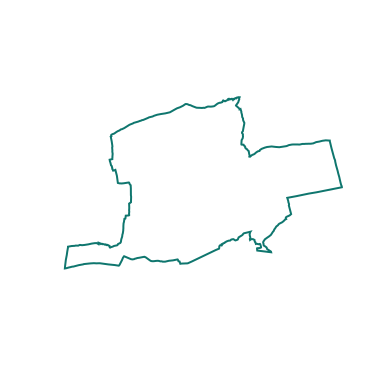 Padina, Mehedinti, Romania, rotated 337°
{"feature_id": "2599482B34758771850495", "entity_name": "Padina", "entity_type": "district", "adm_level": 2, "iso_a3": "ROU", "parent_name": "Romania", "parent_adm1": "Mehedinti", "projection": "orthographic", "projection_center": [23.0, 44.441], "detail": "fine", "context": "isolated", "style": "outline", "palette": "teal", "viewbox_px": 384, "rotation_deg": 337, "n_neighbors": 0, "source": "geoboundaries", "source_scale": "gbopen_adm2", "svg_char_len": 6011}
<svg xmlns="http://www.w3.org/2000/svg" viewBox="0 0 384 384"><g transform="rotate(337 192 192)"><path d="M241.3,278.4L241.4,277.7L238.9,273.9L238.8,273.5L239.0,272.5L238.9,272.1L238.2,270.8L237.2,269.4L237.2,268.7L237.6,267.7L237.7,266.4L238.3,265.5L239.7,264.7L240.4,264.1L243.8,263.3L245.1,263.1L247.9,262.3L251.0,260.2L252.1,259.7L253.1,258.6L254.1,258.1L256.1,256.7L258.1,256.2L259.0,255.6L260.0,255.3L263.1,255.1L264.9,254.6L266.8,253.8L268.1,253.7L268.0,252.9L268.4,252.2L268.7,252.0L269.5,251.8L272.7,251.7L274.6,251.1L275.8,242.9L275.8,242.4L276.3,241.7L276.6,241.1L276.7,239.9L276.7,239.3L277.1,237.7L277.4,234.6L286.4,236.6L298.9,239.1L306.4,240.9L323.7,244.5L331.8,246.2L332.0,245.6L332.1,244.8L332.0,244.3L332.3,241.9L333.0,237.9L333.4,235.8L333.9,231.8L334.3,229.6L335.0,223.9L335.7,220.0L336.1,218.7L336.1,216.5L337.5,206.3L338.2,202.1L338.6,199.7L338.7,198.9L338.9,198.5L335.3,196.7L332.0,195.8L328.8,195.3L325.8,194.6L322.5,194.6L321.5,194.3L320.6,194.1L319.3,193.6L315.6,192.1L314.0,191.6L312.5,190.9L309.7,190.4L306.2,188.8L302.7,187.4L299.6,186.7L297.1,186.7L296.2,186.5L289.9,184.9L286.6,183.2L283.1,181.2L278.7,179.9L276.4,179.6L273.0,179.5L270.9,179.9L270.2,180.6L268.5,180.3L267.8,180.4L266.0,180.8L264.7,181.3L263.4,181.5L262.4,181.4L261.4,181.5L259.2,182.2L258.6,181.8L258.7,181.6L259.4,181.1L259.4,180.0L259.5,179.4L259.8,178.0L260.2,176.5L259.6,175.4L259.4,174.2L258.7,173.3L258.3,172.0L258.5,171.7L258.5,171.3L258.6,171.1L258.5,170.4L258.2,169.7L257.9,169.4L257.9,168.6L256.9,168.1L256.5,167.9L256.1,167.7L256.1,167.3L257.9,163.7L259.6,162.4L260.6,160.9L261.0,159.6L261.3,159.1L261.4,158.6L261.1,157.2L261.4,156.6L262.0,156.2L262.5,156.0L265.3,151.8L266.6,149.9L267.2,148.8L267.1,146.2L267.4,144.9L267.7,144.3L267.5,142.7L268.2,140.4L268.5,138.0L268.8,137.4L269.1,134.5L268.1,134.5L268.2,134.2L267.9,133.1L266.3,129.8L266.3,129.5L269.4,127.6L270.0,127.1L270.6,126.2L271.4,125.5L271.8,125.0L271.9,124.2L272.8,123.4L272.3,123.1L271.8,123.1L271.5,122.8L270.9,122.9L270.3,122.6L269.4,123.1L268.9,122.6L268.6,122.6L268.0,122.6L267.3,123.1L267.2,123.1L267.2,122.7L266.6,122.5L266.4,122.6L266.0,123.0L265.7,123.2L265.6,122.6L265.5,122.4L265.2,121.8L264.2,121.6L263.9,121.8L263.7,121.6L263.2,121.3L262.4,121.4L262.5,121.1L262.2,120.9L262.2,120.6L261.3,120.6L260.6,121.1L260.0,121.3L258.1,121.4L258.0,121.2L257.6,121.2L256.5,119.9L256.1,120.1L256.0,120.5L255.2,120.8L255.0,121.1L254.2,121.0L253.4,121.0L252.1,120.6L250.1,120.6L246.3,121.6L245.6,121.6L244.0,121.2L242.7,120.8L240.6,119.8L239.6,119.5L237.0,119.5L236.2,119.4L235.6,119.0L233.9,118.5L231.7,117.4L229.3,116.3L228.7,115.8L225.9,113.1L224.5,111.5L223.4,110.8L222.4,109.7L221.7,109.1L220.3,108.5L217.4,109.1L214.0,109.3L211.0,109.1L208.9,109.3L202.8,110.0L198.2,109.2L193.9,108.1L190.2,107.3L186.9,107.0L185.3,107.1L181.6,106.5L180.4,106.6L175.3,106.6L173.8,106.3L172.6,106.4L171.8,106.2L170.2,106.2L165.3,105.6L164.4,105.8L161.6,105.7L160.7,105.7L154.6,106.7L152.1,106.8L150.8,106.6L149.4,107.0L147.5,107.0L146.0,107.2L143.3,107.8L141.5,107.7L140.2,107.8L139.8,108.1L139.4,108.8L139.5,109.2L138.9,109.4L139.0,109.6L138.6,110.4L137.9,113.9L136.8,118.1L136.5,118.9L136.4,119.3L136.0,119.7L135.8,120.1L135.0,122.5L134.4,123.8L133.9,125.8L132.5,128.5L132.2,129.2L131.8,129.9L131.5,130.6L128.8,130.1L128.4,131.8L128.4,132.8L127.9,135.9L128.3,136.9L128.0,138.0L128.0,138.7L127.6,139.5L127.8,139.9L127.7,141.4L127.7,141.5L128.7,141.7L130.1,141.7L129.2,147.7L127.3,154.7L128.6,155.7L130.7,156.7L132.6,157.3L137.4,158.5L137.7,158.7L137.8,159.0L137.7,160.1L138.0,161.4L138.2,161.8L137.2,164.6L134.5,171.1L134.1,172.6L131.8,177.6L129.6,178.1L128.0,182.2L126.9,184.4L126.5,185.7L125.7,187.1L125.1,188.8L124.7,188.9L121.8,187.9L120.3,190.4L120.0,190.5L119.3,190.3L117.7,192.9L116.7,194.2L115.5,196.6L114.6,198.7L113.9,200.0L113.8,200.3L113.6,200.7L112.1,203.1L111.3,204.0L110.2,205.9L108.5,207.8L107.0,210.2L106.2,210.8L105.8,210.9L103.6,211.0L102.9,211.6L102.2,211.8L99.2,211.2L97.8,211.3L95.5,211.1L95.0,211.2L94.8,211.1L94.7,211.0L94.7,210.1L95.0,209.3L94.5,208.9L94.0,208.1L93.7,207.8L93.3,207.7L93.1,207.4L92.8,207.6L92.6,207.4L92.6,207.2L92.1,207.0L91.7,206.6L91.6,206.3L91.1,206.3L91.0,206.1L90.3,205.5L89.8,205.2L89.5,205.2L89.3,204.8L88.8,204.4L88.2,204.4L88.2,204.2L87.3,203.9L87.4,203.6L87.4,203.4L86.0,202.0L85.4,202.7L85.3,203.1L84.8,202.4L84.1,201.7L82.5,201.1L79.5,200.3L76.2,199.7L72.2,198.7L70.0,198.0L68.1,196.9L66.2,196.9L65.6,196.6L64.1,195.9L62.9,195.7L60.1,194.7L56.5,193.9L56.3,194.4L53.9,198.1L52.1,201.1L49.4,205.1L46.0,211.0L45.1,212.7L46.3,213.0L49.4,213.4L50.3,213.6L52.5,213.9L53.7,214.3L59.2,215.1L63.6,216.1L64.3,216.1L70.5,218.0L73.9,219.2L76.1,220.3L79.2,221.5L86.6,225.9L92.4,229.1L95.8,231.2L96.2,231.1L96.9,230.7L101.0,227.3L102.8,225.5L104.4,224.6L109.6,230.0L110.9,230.8L112.6,231.2L113.4,231.1L114.3,231.3L115.8,231.4L117.7,231.9L122.8,233.0L123.0,233.3L123.7,233.8L124.8,235.6L126.5,238.4L127.1,239.3L128.2,240.1L129.9,240.8L132.1,241.4L133.7,242.0L134.6,242.5L135.8,243.5L137.1,244.0L137.8,244.7L139.9,245.6L143.9,246.3L147.8,247.5L152.3,248.4L152.5,248.6L152.5,250.5L153.4,251.1L153.2,253.5L154.4,253.8L160.2,256.0L164.7,255.9L191.2,254.7L194.8,254.7L195.6,253.4L195.9,252.7L196.7,252.1L197.1,252.1L198.0,252.4L198.3,252.7L198.4,252.8L198.7,252.6L198.7,251.7L198.9,251.6L199.5,252.0L199.8,252.0L200.7,251.4L201.9,251.6L202.8,251.2L203.2,251.3L204.2,251.0L206.6,251.1L208.1,251.6L209.6,251.1L211.1,251.4L211.8,251.7L212.6,253.0L213.0,253.5L214.5,253.7L215.6,253.6L217.2,252.0L221.0,251.4L221.6,251.3L222.9,250.5L223.7,250.3L230.3,251.4L229.6,251.9L228.7,253.3L228.3,254.0L227.9,256.5L227.8,256.9L227.6,257.4L227.0,257.7L226.8,258.1L226.7,258.8L227.0,258.7L228.3,258.6L229.6,259.2L230.2,259.7L230.5,260.3L230.8,260.6L230.7,260.9L230.6,261.0L230.4,262.5L230.6,262.7L230.7,262.9L230.5,264.8L231.3,264.9L232.9,266.1L234.2,266.3L234.4,266.7L234.4,267.0L234.1,269.6L233.9,270.0L233.7,270.1L232.3,270.0L230.0,269.2L229.7,269.5L229.2,271.4L241.3,278.4Z" fill="none" stroke="#0f766e" stroke-width="2"/></g></svg>